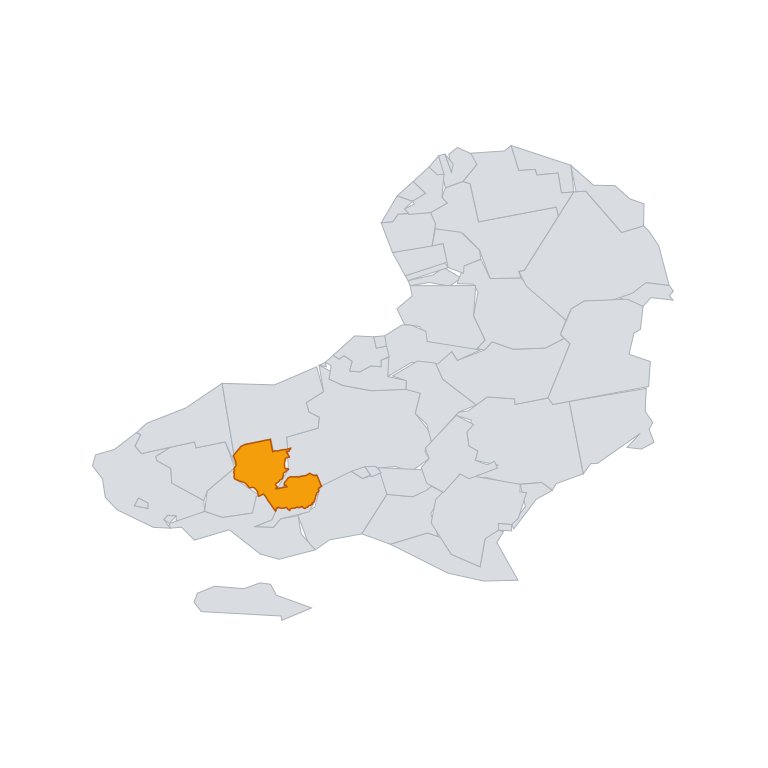 Africa, with Zambia highlighted, rotated 79°
{"feature_id": "ZMB", "entity_name": "Zambia", "entity_type": "country or territory", "adm_level": 0, "iso_a3": "ZMB", "parent_name": "Africa", "parent_adm1": "", "projection": "equal_earth", "projection_center": [28.807, -13.118], "detail": "fine", "context": "in_parent", "style": "filled", "palette": "amber", "viewbox_px": 768, "rotation_deg": 79, "n_neighbors": 49, "source": "natural_earth", "source_scale": "50m", "svg_char_len": 14600}
<svg xmlns="http://www.w3.org/2000/svg" viewBox="0 0 768 768"><g transform="rotate(79 384 384)"><path d="M492.9,402.1L526.9,434.4L526.6,467.4L533.7,483.1L528.5,488.1L496.8,493.5L491.7,475.4L472.5,466.1L465.3,450.4L463.5,432.9L472.6,423.0L470.5,403.7L492.9,402.1Z" fill="#d9dde1" stroke="#a8b0b8" stroke-width="1"/><path d="M231.7,161.0L230.3,173.4L210.2,172.9L208.0,194.0L202.2,194.8L200.1,211.1L174.1,213.8L205.0,158.8L231.7,161.0Z" fill="#d9dde1" stroke="#a8b0b8" stroke-width="1"/><path d="M463.5,432.9L472.5,466.1L459.6,467.7L457.3,495.8L465.3,499.1L465.8,508.4L449.6,494.2L417.6,489.7L414.7,457.0L404.2,454.0L397.3,463.1L387.4,463.8L379.9,444.8L353.3,444.1L362.3,432.9L368.7,437.0L377.7,424.5L388.2,397.6L394.1,357.4L400.1,350.2L418.9,358.9L439.8,348.3L450.9,348.5L457.7,356.7L465.9,354.0L475.3,374.8L467.0,388.7L463.5,432.9Z" fill="#d9dde1" stroke="#a8b0b8" stroke-width="1"/><path d="M542.4,408.5L538.5,369.7L545.8,357.2L564.0,350.5L581.8,324.6L555.3,314.4L548.0,302.4L551.6,294.8L561.1,303.5L602.2,289.9L596.4,323.9L581.9,357.3L542.4,408.5Z" fill="#d9dde1" stroke="#a8b0b8" stroke-width="1"/><path d="M526.9,434.4L492.9,402.1L500.2,377.3L493.5,357.0L501.8,346.1L520.0,362.7L544.0,359.9L538.5,369.7L542.4,408.5L526.9,434.4Z" fill="#d9dde1" stroke="#a8b0b8" stroke-width="1"/><path d="M432.9,322.6L428.1,318.8L425.9,316.3L426.5,306.6L416.4,285.1L423.5,258.7L429.0,259.3L429.1,222.2L436.3,222.2L436.4,205.5L510.2,205.5L514.6,233.9L520.5,239.1L510.8,247.9L507.5,276.8L494.9,301.9L493.2,318.7L485.2,288.0L476.4,309.0L467.7,304.8L461.1,312.5L447.0,311.9L436.2,305.0L428.6,319.2L432.9,322.6Z" fill="#d9dde1" stroke="#a8b0b8" stroke-width="1"/><path d="M429.0,225.7L429.0,259.3L423.5,258.7L416.4,285.1L422.2,297.5L390.6,325.5L373.3,329.6L365.1,311.2L374.8,307.5L369.8,278.8L363.2,269.9L374.5,250.7L379.5,218.9L373.6,198.3L380.0,193.7L429.0,225.7Z" fill="#d9dde1" stroke="#a8b0b8" stroke-width="1"/><path d="M384.5,636.4L387.3,632.4L397.5,640.2L406.0,635.4L405.2,605.2L411.7,622.1L416.1,621.3L426.3,609.4L440.8,611.2L464.0,583.1L474.9,584.4L479.4,602.0L478.7,614.1L473.8,613.2L471.6,621.5L475.2,625.9L484.7,621.4L480.7,637.8L456.6,669.9L442.2,679.2L423.3,678.5L408.7,685.8L398.5,680.7L396.8,661.1L384.5,636.4ZM461.1,639.4L455.7,638.6L449.2,646.8L455.9,652.2L461.1,639.4Z" fill="#d9dde1" stroke="#a8b0b8" stroke-width="1"/><path d="M461.1,639.4L455.9,652.2L449.2,646.8L455.7,638.6L461.1,639.4Z" fill="#d9dde1" stroke="#a8b0b8" stroke-width="1"/><path d="M474.9,584.4L455.2,578.0L437.8,546.5L449.0,548.2L469.4,527.6L485.6,537.8L484.2,568.1L474.9,584.4Z" fill="#d9dde1" stroke="#a8b0b8" stroke-width="1"/><path d="M464.0,583.1L440.8,611.2L426.3,609.4L416.1,621.3L411.7,622.1L405.2,605.2L404.7,581.0L410.8,580.7L410.5,550.8L437.8,546.5L455.2,578.0L464.0,583.1Z" fill="#d9dde1" stroke="#a8b0b8" stroke-width="1"/><path d="M404.7,581.0L406.0,635.4L397.5,640.2L387.3,632.4L384.5,636.4L377.2,624.3L369.7,583.2L352.5,542.8L436.6,545.1L410.5,550.8L410.8,580.7L404.7,581.0Z" fill="#d9dde1" stroke="#a8b0b8" stroke-width="1"/><path d="M170.9,276.5L165.8,266.8L176.4,252.1L186.3,250.9L200.3,267.8L203.3,286.4L170.4,286.9L169.8,280.3L189.0,277.3L170.9,276.5Z" fill="#d9dde1" stroke="#a8b0b8" stroke-width="1"/><path d="M203.3,286.4L200.3,267.8L203.9,261.2L242.8,260.2L243.2,181.0L252.6,180.8L299.5,224.8L299.2,230.1L306.2,229.3L300.8,259.7L270.8,264.7L251.5,277.5L241.5,304.1L224.6,305.6L218.5,287.5L211.7,291.5L203.3,286.4Z" fill="#d9dde1" stroke="#a8b0b8" stroke-width="1"/><path d="M174.1,213.8L200.1,211.1L202.2,194.8L208.0,194.0L210.2,172.9L230.3,173.4L231.7,161.0L252.6,180.8L243.2,181.0L242.8,260.2L203.9,261.2L200.3,267.8L186.3,250.9L174.0,254.8L178.2,221.4L174.1,213.8Z" fill="#d9dde1" stroke="#a8b0b8" stroke-width="1"/><path d="M292.4,339.6L287.1,340.6L286.3,314.8L281.0,303.3L294.7,288.1L300.4,301.0L293.0,320.2L292.4,339.6Z" fill="#d9dde1" stroke="#a8b0b8" stroke-width="1"/><path d="M373.6,198.3L379.5,218.9L374.5,250.7L363.2,269.9L369.8,278.8L367.0,286.0L360.2,276.5L334.1,283.1L311.7,274.2L303.1,277.0L299.4,293.1L283.3,282.9L279.9,265.1L300.8,259.7L306.2,229.3L356.2,193.2L369.1,201.4L373.6,198.3Z" fill="#d9dde1" stroke="#a8b0b8" stroke-width="1"/><path d="M292.4,339.6L304.9,275.2L334.1,283.1L360.2,276.5L369.4,289.4L350.6,333.4L334.4,338.0L329.5,352.5L312.7,356.9L302.9,339.5L292.4,339.6Z" fill="#d9dde1" stroke="#a8b0b8" stroke-width="1"/><path d="M369.0,282.8L374.8,307.5L365.1,311.2L374.4,327.2L368.0,352.8L377.3,378.9L336.8,374.1L329.4,354.9L331.3,346.4L340.2,332.9L350.6,333.4L369.0,282.8Z" fill="#d9dde1" stroke="#a8b0b8" stroke-width="1"/><path d="M281.9,298.8L287.1,340.6L281.9,342.5L275.8,301.3L281.9,298.8Z" fill="#d9dde1" stroke="#a8b0b8" stroke-width="1"/><path d="M276.4,298.6L281.9,342.5L256.5,350.6L257.4,299.1L276.4,298.6Z" fill="#d9dde1" stroke="#a8b0b8" stroke-width="1"/><path d="M224.6,305.6L236.4,302.8L257.7,310.4L256.5,350.6L225.2,356.0L226.4,344.4L219.9,337.8L224.6,305.6Z" fill="#d9dde1" stroke="#a8b0b8" stroke-width="1"/><path d="M189.5,285.1L211.7,291.5L218.5,287.5L224.6,305.6L222.3,327.3L216.2,330.5L213.1,319.9L208.2,321.6L204.8,306.9L190.8,316.8L179.6,298.4L189.5,285.1Z" fill="#d9dde1" stroke="#a8b0b8" stroke-width="1"/><path d="M170.4,286.9L189.5,285.1L188.8,291.8L179.6,298.4L170.4,286.9Z" fill="#d9dde1" stroke="#a8b0b8" stroke-width="1"/><path d="M221.2,327.3L219.9,337.8L226.4,344.4L225.2,356.0L201.8,335.1L210.0,321.1L216.2,330.5L221.2,327.3Z" fill="#d9dde1" stroke="#a8b0b8" stroke-width="1"/><path d="M190.8,316.8L204.8,306.9L210.0,321.1L201.8,335.1L190.8,316.8Z" fill="#d9dde1" stroke="#a8b0b8" stroke-width="1"/><path d="M241.5,304.1L249.7,279.6L270.8,264.7L279.9,265.1L283.3,282.9L290.6,284.8L281.9,298.8L257.4,299.1L257.7,310.4L241.5,304.1Z" fill="#d9dde1" stroke="#a8b0b8" stroke-width="1"/><path d="M450.9,348.5L431.8,349.6L418.9,358.9L400.1,350.2L393.5,363.5L385.0,361.5L377.7,374.2L367.9,346.6L373.3,329.6L390.6,325.5L422.2,297.5L425.9,316.3L450.9,348.5Z" fill="#d9dde1" stroke="#a8b0b8" stroke-width="1"/><path d="M393.5,363.5L388.2,397.6L377.7,424.5L368.7,437.0L356.0,432.4L351.5,437.6L346.1,428.4L351.0,423.6L348.6,417.9L355.6,410.8L364.7,415.3L367.5,405.4L363.7,393.5L366.5,383.5L360.1,382.5L358.8,374.2L377.3,378.9L385.0,361.5L393.5,363.5Z" fill="#d9dde1" stroke="#a8b0b8" stroke-width="1"/><path d="M347.2,374.3L358.0,373.7L360.1,382.5L366.5,383.5L363.7,393.5L367.5,405.4L364.7,415.3L355.6,410.8L348.6,417.9L351.0,423.6L346.1,428.4L331.2,403.5L335.7,385.1L347.3,384.7L347.2,374.3Z" fill="#d9dde1" stroke="#a8b0b8" stroke-width="1"/><path d="M336.8,374.1L347.2,374.3L347.3,384.7L335.7,385.1L336.8,374.1Z" fill="#d9dde1" stroke="#a8b0b8" stroke-width="1"/><path d="M485.4,473.8L495.1,481.8L496.7,511.1L503.7,519.9L499.4,538.6L495.9,520.0L484.8,512.3L490.0,484.9L485.4,473.8Z" fill="#d9dde1" stroke="#a8b0b8" stroke-width="1"/><path d="M496.8,493.5L515.4,493.9L533.7,483.1L536.0,520.6L527.3,537.9L497.5,563.7L501.1,599.9L485.9,610.1L484.7,621.4L480.0,621.4L474.9,584.4L484.2,568.1L485.6,537.8L469.8,530.7L468.8,521.5L488.1,514.5L495.9,520.0L499.4,538.6L503.7,519.9L496.7,511.1L496.8,493.5Z" fill="#d9dde1" stroke="#a8b0b8" stroke-width="1"/><path d="M480.0,621.4L475.2,625.9L471.6,621.5L473.8,613.2L480.0,621.4Z" fill="#d9dde1" stroke="#a8b0b8" stroke-width="1"/><path d="M351.5,437.6L356.1,437.2L353.3,444.1L351.5,437.6ZM354.2,446.8L379.9,444.8L387.4,463.8L397.3,463.1L404.2,454.0L414.7,457.0L417.6,489.7L429.5,491.1L429.6,505.4L416.4,505.3L416.4,532.4L424.9,544.7L352.5,542.8L364.0,491.6L354.2,446.8Z" fill="#d9dde1" stroke="#a8b0b8" stroke-width="1"/><path d="M470.8,414.8L472.6,423.0L463.5,432.9L461.5,418.5L470.8,414.8Z" fill="#d9dde1" stroke="#a8b0b8" stroke-width="1"/><path d="M590.0,497.9L596.5,529.3L592.1,529.3L572.6,606.7L562.0,612.1L553.8,607.1L550.2,588.8L558.2,560.8L555.6,543.7L558.9,533.6L570.8,529.9L590.0,497.9Z" fill="#d9dde1" stroke="#a8b0b8" stroke-width="1"/><path d="M169.8,280.3L181.4,274.1L189.0,277.3L169.8,280.3Z" fill="#d9dde1" stroke="#a8b0b8" stroke-width="1"/><path d="M343.8,137.4L334.4,107.4L341.6,85.3L348.2,82.2L351.7,87.0L356.8,84.2L350.1,105.6L357.3,114.9L343.8,137.4Z" fill="#d9dde1" stroke="#a8b0b8" stroke-width="1"/><path d="M231.7,161.0L233.1,149.2L280.6,121.8L278.2,99.0L284.4,94.8L300.8,87.9L341.6,85.3L334.4,107.4L342.3,123.1L345.3,144.5L340.7,171.6L346.0,185.7L356.2,193.2L315.3,225.5L299.2,230.1L299.5,224.8L231.7,161.0Z" fill="#d9dde1" stroke="#a8b0b8" stroke-width="1"/><path d="M508.5,269.4L510.8,247.9L520.5,239.1L526.2,256.6L551.0,284.2L546.3,285.5L531.3,268.6L508.5,269.4Z" fill="#d9dde1" stroke="#a8b0b8" stroke-width="1"/><path d="M205.0,158.8L228.9,140.4L233.3,119.5L249.2,107.3L256.8,94.4L278.2,99.0L280.6,121.8L233.1,149.2L232.0,158.8L205.0,158.8Z" fill="#d9dde1" stroke="#a8b0b8" stroke-width="1"/><path d="M510.2,205.5L436.4,205.5L438.3,127.4L460.7,132.9L473.1,127.5L479.0,132.4L492.8,130.1L497.0,143.9L492.6,157.5L481.3,141.8L502.6,189.5L501.7,196.3L510.2,205.5Z" fill="#d9dde1" stroke="#a8b0b8" stroke-width="1"/><path d="M436.9,124.7L436.3,222.2L429.0,225.7L380.0,193.7L369.1,201.4L346.0,185.7L340.7,171.6L347.2,128.9L357.3,114.9L379.3,121.8L381.7,128.9L401.6,137.8L412.8,118.3L436.9,124.7Z" fill="#d9dde1" stroke="#a8b0b8" stroke-width="1"/><path d="M581.8,324.6L564.0,350.5L529.3,364.2L507.4,355.3L486.7,326.4L508.5,269.4L515.9,271.2L517.8,264.8L541.4,277.7L546.3,285.5L542.8,298.3L549.3,299.4L555.3,314.4L581.8,324.6Z" fill="#d9dde1" stroke="#a8b0b8" stroke-width="1"/><path d="M546.3,285.5L552.5,286.8L549.3,299.4L542.8,298.3L546.3,285.5Z" fill="#d9dde1" stroke="#a8b0b8" stroke-width="1"/><path d="M492.9,402.1L465.1,405.5L475.8,361.1L493.5,357.0L496.6,363.0L500.2,377.3L492.9,402.1Z" fill="#d9dde1" stroke="#a8b0b8" stroke-width="1"/><path d="M470.5,403.7L472.7,413.7L461.5,418.5L463.2,407.9L470.5,403.7Z" fill="#d9dde1" stroke="#a8b0b8" stroke-width="1"/><path d="M473.1,363.4L465.9,354.0L454.8,355.6L428.6,319.2L440.8,303.8L447.0,311.9L461.1,312.5L467.7,304.8L476.4,309.0L483.0,298.0L480.9,290.4L488.1,288.6L493.2,318.7L486.7,326.4L501.8,346.1L489.6,361.0L473.1,363.4Z" fill="#d9dde1" stroke="#a8b0b8" stroke-width="1"/><path d="M470.2,528.7L469.2,528.7L467.6,528.7L465.9,528.7L464.4,529.2L463.1,529.9L461.6,530.9L461.1,531.3L460.8,531.7L460.5,532.1L460.4,533.0L460.4,534.4L460.3,535.4L459.8,536.3L457.5,537.4L456.0,538.3L454.6,539.4L453.5,540.8L452.7,542.5L451.5,544.6L450.2,546.4L448.9,548.4L447.4,549.1L446.1,548.9L444.5,548.1L443.3,548.0L442.4,548.5L441.6,548.3L440.8,547.5L440.2,547.2L439.7,547.4L439.0,547.4L437.8,547.0L436.7,545.6L436.1,545.1L435.7,544.8L434.4,544.6L431.6,544.3L431.3,544.4L430.1,544.7L428.6,545.0L427.3,545.3L425.9,545.7L424.7,544.3L423.2,542.7L421.7,540.9L420.6,539.5L420.1,538.7L419.1,537.6L418.4,537.1L418.1,536.8L417.4,534.0L416.9,531.4L416.9,529.4L416.9,526.7L416.9,524.0L416.8,521.2L416.8,518.5L416.8,515.7L416.7,513.0L416.7,510.3L416.7,507.5L416.7,506.2L418.1,506.2L419.8,506.2L421.5,506.2L423.4,506.2L425.3,506.2L427.2,506.2L428.5,506.2L428.9,506.2L429.3,506.1L429.3,505.8L428.8,504.4L428.8,504.0L428.9,503.1L429.1,502.3L429.4,501.2L429.5,500.6L429.2,498.6L429.2,497.5L429.3,496.3L429.3,495.2L429.3,494.5L429.4,494.1L429.5,493.5L429.6,492.8L429.7,492.5L429.7,492.2L429.6,491.7L429.5,490.6L429.3,489.0L429.2,487.9L429.4,488.0L429.9,488.1L430.1,488.6L430.3,489.2L430.6,489.3L431.5,489.6L431.8,490.1L432.0,491.2L431.8,491.8L431.6,492.2L431.8,492.6L432.4,492.9L432.7,492.8L433.7,492.0L434.1,491.9L434.6,491.8L435.0,491.6L436.3,491.2L437.0,491.1L437.4,490.8L437.6,490.8L437.8,491.1L437.7,491.8L437.6,492.5L437.9,493.8L438.0,494.4L438.5,494.8L438.8,495.0L439.1,495.5L439.8,495.4L441.3,496.1L441.7,496.4L442.4,496.7L442.8,496.8L444.4,497.0L444.9,497.2L446.0,497.4L446.9,497.4L447.5,497.3L447.9,497.1L448.1,496.9L448.3,496.7L448.4,496.1L448.7,494.7L448.9,494.3L449.2,494.1L449.6,494.0L449.8,494.2L450.1,495.7L451.3,497.1L451.7,498.3L452.0,499.3L452.2,499.5L452.7,499.9L453.4,500.0L454.1,500.0L455.4,500.8L456.5,501.3L457.2,501.7L457.6,502.0L457.8,502.6L458.0,502.9L458.2,504.0L458.5,504.8L458.9,504.9L459.2,505.0L459.6,505.5L459.9,506.0L460.4,507.2L460.8,508.0L461.0,508.8L461.4,509.3L462.0,509.5L462.6,509.6L462.9,509.3L463.8,508.9L464.4,508.5L464.9,508.3L465.1,508.4L465.3,508.7L465.4,509.4L465.5,509.7L465.9,510.1L466.3,509.9L466.4,509.5L466.4,509.3L466.4,507.6L466.4,506.1L466.4,504.7L466.4,503.0L466.4,501.5L466.4,500.2L466.4,498.9L466.1,499.0L465.7,499.3L464.9,499.3L464.6,499.6L464.5,499.9L464.5,500.3L464.5,500.9L464.4,501.2L464.1,501.3L463.5,501.1L462.5,500.8L461.7,500.6L461.2,499.8L460.4,498.6L459.9,498.0L458.6,496.8L458.4,496.6L458.0,496.0L457.7,495.0L457.5,494.4L457.4,493.9L457.2,493.2L457.5,492.1L458.0,490.0L458.3,488.4L458.4,487.3L459.0,486.2L459.1,485.1L458.8,483.8L458.9,483.1L458.9,481.3L459.0,479.7L459.0,479.0L458.8,477.6L458.4,476.2L457.5,474.2L457.5,473.7L458.0,473.3L458.9,472.4L459.3,471.9L459.8,471.2L460.0,470.9L460.5,470.0L460.8,469.2L460.9,468.3L460.7,467.4L461.2,467.2L462.7,466.9L464.4,466.5L466.2,466.1L468.1,465.8L469.8,465.4L471.4,465.1L472.6,464.8L472.7,465.5L473.1,466.5L473.5,467.3L473.9,467.9L474.4,468.3L474.6,468.5L476.4,468.4L477.0,468.8L477.6,469.3L477.7,470.1L478.1,470.6L478.5,471.0L478.9,471.0L479.4,471.0L479.8,471.1L480.0,471.3L480.0,472.0L480.2,472.3L480.8,472.4L481.4,472.4L482.0,472.9L482.6,473.0L483.3,473.1L483.7,473.6L484.4,474.1L485.4,474.6L486.1,475.1L486.4,475.3L486.4,475.5L486.6,476.0L486.8,476.3L486.8,476.7L486.9,477.2L487.2,477.3L487.4,477.3L487.6,477.0L487.9,477.0L488.2,477.2L488.3,477.7L488.5,478.3L488.9,478.8L489.2,479.2L489.1,480.0L488.9,480.7L489.4,481.5L490.1,482.1L490.3,482.4L490.3,483.4L490.4,483.8L490.9,484.6L491.1,485.2L491.1,485.5L489.8,487.2L489.5,487.3L489.1,487.4L488.7,487.7L488.5,488.1L488.6,488.3L488.7,488.9L489.0,489.7L489.3,490.4L489.1,491.2L488.6,492.5L488.3,492.6L488.3,493.6L488.4,494.0L488.7,494.3L488.8,494.9L488.8,495.9L488.7,496.6L488.4,498.6L489.0,500.2L489.2,500.4L489.9,500.4L490.1,500.6L489.9,501.1L489.5,501.5L489.3,501.8L488.3,502.4L486.9,503.0L486.6,503.6L486.4,504.5L486.6,505.0L486.8,505.3L486.7,506.1L486.6,506.9L486.6,507.5L486.6,508.1L486.4,508.4L486.1,509.2L485.8,510.1L485.6,510.5L485.2,510.9L484.6,511.2L484.7,511.4L485.3,511.8L485.5,512.1L485.4,512.4L485.2,512.7L485.5,512.9L485.9,513.2L486.2,513.7L486.5,514.5L486.6,514.8L486.8,514.9L487.0,514.8L487.4,514.4L487.7,514.2L488.0,514.8L486.6,515.4L485.9,515.8L483.9,516.7L482.1,517.5L481.6,517.6L480.7,518.0L480.2,518.3L478.6,519.0L478.0,519.3L477.4,519.6L476.1,520.2L474.8,520.6L473.5,521.1L471.9,521.7L471.1,522.1L470.5,522.5L469.1,523.2L469.1,523.3L469.1,523.8L469.3,524.8L469.6,525.7L469.9,526.2L470.1,527.6L470.2,528.7Z" fill="#f59e0b" stroke="#b45309" stroke-width="1.5"/></g></svg>